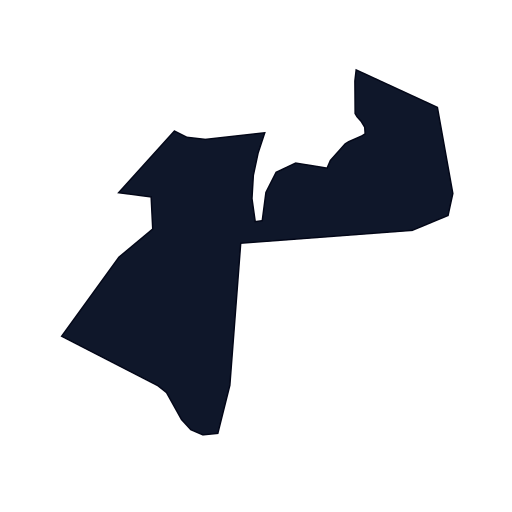 the border of Cagayan de Oro, rotated 352°
{"feature_id": "PHL-5531", "entity_name": "Cagayan de Oro", "entity_type": "Highly Urbanized City", "adm_level": 1, "iso_a3": "PHL", "parent_name": "Philippines", "parent_adm1": "", "projection": "orthographic", "projection_center": [124.653, 8.399], "detail": "fine", "context": "isolated", "style": "filled", "palette": "ink", "viewbox_px": 512, "rotation_deg": 352, "n_neighbors": 0, "source": "natural_earth", "source_scale": "10m", "svg_char_len": 708}
<svg xmlns="http://www.w3.org/2000/svg" viewBox="0 0 512 512"><g transform="rotate(352 256 256)"><path d="M192.6,120.9L204.0,128.8L222.1,133.5L281.8,135.2L272.4,154.3L264.6,175.7L260.0,198.5L260.0,221.9L267.1,221.9L274.7,194.4L287.6,175.9L308.2,169.5L338.6,178.9L343.0,171.7L359.9,157.4L363.7,155.7L377.6,151.8L381.1,150.2L381.6,143.6L378.9,137.3L375.5,132.2L374.0,128.7L378.3,96.4L381.1,85.7L456.3,134.1L459.6,221.5L451.8,242.6L451.7,242.6L414.4,252.3L242.7,241.2L242.6,241.4L212.1,380.4L193.5,426.3L193.3,426.3L178.5,425.7L167.3,418.9L159.5,407.6L148.4,378.8L140.7,370.7L52.4,308.4L120.1,238.1L157.5,214.9L160.4,182.9L128.8,174.2L192.6,120.9Z" fill="#0f172a" stroke="#020617" stroke-width="1.5"/></g></svg>